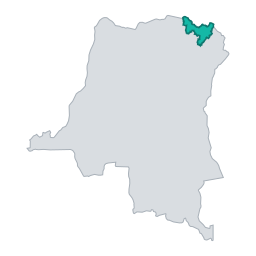 Dungu, Orientale, Democratic Republic of the Congo shown in context
{"feature_id": "63176286B6974395638231", "entity_name": "Dungu", "entity_type": "district", "adm_level": 2, "iso_a3": "COD", "parent_name": "Democratic Republic of the Congo", "parent_adm1": "Orientale", "projection": "robinson", "projection_center": [28.274, 4.004], "detail": "fine", "context": "in_parent", "style": "filled", "palette": "teal", "viewbox_px": 256, "rotation_deg": 0, "n_neighbors": 0, "source": "geoboundaries", "source_scale": "gbopen_adm2", "svg_char_len": 8039}
<svg xmlns="http://www.w3.org/2000/svg" viewBox="0 0 256 256"><path d="M223.3,177.5L203.7,181.0L204.1,182.3L203.9,183.6L203.4,184.6L201.4,187.3L198.4,189.9L198.4,190.5L199.9,193.3L200.9,197.2L200.6,203.9L201.0,205.8L200.9,207.2L199.9,208.8L198.0,217.0L199.3,220.9L203.2,224.6L205.4,227.4L209.2,228.4L209.9,228.2L210.1,225.9L213.1,225.1L213.1,239.6L212.9,240.5L212.3,240.6L211.6,240.2L211.4,238.8L210.6,238.2L206.9,240.0L205.9,239.9L204.9,239.6L204.1,238.9L203.9,237.8L201.3,233.5L200.0,233.2L198.6,229.4L192.7,226.6L190.5,226.4L189.3,225.5L188.1,222.5L186.2,220.6L185.7,218.4L185.4,218.1L184.2,218.6L183.1,222.0L181.8,222.8L179.4,222.9L173.4,221.9L169.1,220.1L168.0,220.2L166.3,218.7L165.6,216.0L166.0,214.0L165.6,213.7L159.1,215.4L157.5,216.4L156.0,216.2L155.6,215.6L156.2,214.2L155.9,212.7L155.4,212.0L153.5,211.5L152.9,209.9L151.7,209.6L151.3,209.9L151.0,211.0L150.3,211.3L146.4,210.8L142.3,212.2L136.9,211.9L134.3,213.6L133.9,213.5L133.3,212.6L132.8,209.9L133.1,209.1L133.9,208.6L134.2,207.5L133.9,204.6L134.1,203.9L133.8,202.3L133.0,199.7L131.8,197.5L129.3,194.3L128.9,192.8L129.0,189.2L129.8,183.5L129.7,179.3L128.7,176.5L128.5,173.6L129.1,168.2L128.4,166.9L116.0,166.5L115.5,166.1L115.3,165.4L115.8,162.2L108.3,163.0L106.0,163.6L104.6,164.9L104.1,166.5L104.1,168.8L103.0,171.0L102.7,174.8L100.6,175.2L98.5,175.2L94.5,174.4L90.5,175.5L88.6,176.5L87.6,176.0L84.1,176.4L83.6,176.1L79.5,168.7L77.7,166.3L77.4,165.0L77.5,163.9L77.0,162.4L75.1,158.6L74.7,156.8L74.8,154.1L74.6,153.1L72.9,150.7L71.8,150.0L70.5,149.5L50.2,149.9L43.5,149.4L38.6,149.7L36.2,149.5L35.5,149.2L33.2,149.7L32.1,150.7L30.3,151.2L29.2,151.0L27.1,148.3L30.0,147.8L30.2,147.5L30.3,140.9L29.6,140.0L31.1,138.9L33.5,136.0L35.9,135.0L36.3,134.4L36.8,134.4L37.7,135.6L39.7,137.2L42.3,135.8L42.6,135.4L42.9,132.6L43.6,132.4L44.7,133.0L45.3,133.0L46.4,132.2L49.7,130.7L50.7,132.5L49.8,134.2L50.2,135.3L50.3,137.1L50.8,137.5L53.4,137.7L54.2,137.3L59.3,130.8L60.7,130.1L62.8,127.5L65.7,126.4L67.0,124.3L68.6,120.7L69.4,115.5L69.1,106.5L69.3,105.3L72.7,101.2L76.3,93.8L78.7,91.9L80.5,91.1L83.3,88.4L85.5,85.7L85.2,82.5L85.7,79.8L87.0,76.3L87.4,72.7L87.0,68.8L87.1,65.7L88.8,60.7L89.0,55.0L90.5,50.1L93.4,44.0L94.8,39.5L94.6,35.0L95.0,31.7L94.8,29.7L94.3,28.0L94.6,27.0L95.7,26.5L97.1,24.8L99.6,20.4L102.3,18.3L104.2,17.6L106.2,17.6L107.4,18.0L109.5,19.8L111.9,21.2L113.6,22.9L115.4,25.6L119.6,26.2L121.4,27.1L122.5,27.5L122.9,27.2L123.8,27.4L125.7,28.2L127.3,27.7L135.1,29.5L136.0,28.6L138.2,24.0L139.8,22.4L142.5,22.3L144.6,23.1L145.7,23.2L155.2,19.2L156.5,19.0L159.9,19.9L162.2,19.3L163.1,19.5L165.1,18.8L166.7,16.0L168.0,15.4L181.7,18.4L183.8,16.9L184.8,16.7L187.9,17.8L188.8,19.5L190.6,21.0L192.0,23.4L194.0,24.7L195.0,26.0L196.2,26.9L198.7,27.2L201.9,25.0L204.1,25.3L206.4,26.5L207.2,26.4L208.9,25.1L209.8,23.8L210.6,23.5L212.0,24.1L213.0,25.3L214.0,27.2L217.4,31.3L220.8,33.1L221.6,35.6L222.8,35.4L223.4,35.6L224.3,37.2L224.9,37.6L225.0,38.2L224.2,39.7L223.4,42.6L224.4,44.4L223.5,47.0L223.1,49.7L224.2,50.3L225.6,50.3L226.9,51.7L227.9,51.9L228.9,53.4L228.7,54.6L225.4,58.9L220.5,64.3L218.8,64.9L217.9,65.9L217.3,67.4L215.9,68.8L214.8,69.3L214.7,73.1L213.0,77.1L212.4,77.9L211.5,84.4L211.7,85.6L210.8,90.9L210.9,95.8L208.5,97.3L206.9,99.8L206.2,101.5L206.2,105.5L203.5,107.9L203.3,108.5L204.0,111.3L204.9,111.8L205.0,112.7L207.2,115.8L207.0,125.2L207.2,126.1L208.3,128.3L209.1,132.5L208.2,137.9L211.2,147.8L209.9,151.5L210.5,154.9L212.3,158.6L216.5,162.1L217.6,163.6L218.7,165.6L219.6,168.7L223.3,177.5Z" fill="#d9dde1" stroke="#a8b0b8" stroke-width="1"/><path d="M186.3,32.8L186.7,33.0L187.0,33.6L187.3,33.6L187.5,33.6L187.9,33.5L188.0,33.4L188.2,33.5L188.3,33.6L188.4,33.8L188.5,33.8L188.5,33.5L188.4,33.4L188.5,33.4L188.7,33.2L188.9,33.0L189.0,33.0L189.3,33.0L189.3,32.8L189.5,32.7L189.7,32.4L189.8,32.5L189.9,32.4L190.0,32.3L190.0,32.2L190.1,31.9L190.2,32.0L190.5,32.0L190.5,31.9L190.6,32.0L190.7,31.9L190.8,32.0L190.9,31.9L191.0,31.8L191.2,31.6L191.5,31.7L191.5,31.4L191.5,31.5L191.6,31.4L191.7,31.5L191.8,31.4L192.0,31.3L191.9,31.3L191.8,31.2L192.0,30.8L192.1,30.6L192.1,30.4L192.4,30.4L192.5,30.4L192.5,30.5L193.0,30.6L193.8,30.5L193.8,31.1L193.8,31.3L194.3,31.6L194.6,32.0L194.6,32.6L194.8,32.8L194.7,33.0L195.1,33.4L195.3,33.4L195.7,33.4L195.8,33.6L195.7,33.8L195.8,33.9L195.6,33.8L195.7,34.0L195.4,34.1L195.2,34.2L194.8,34.1L194.7,34.2L195.3,34.4L195.8,34.4L196.2,34.5L196.3,34.7L196.6,34.8L196.6,35.1L196.9,35.6L196.9,35.8L197.2,36.0L197.4,35.8L197.7,35.9L197.8,35.7L197.9,35.3L198.0,35.2L198.5,35.2L198.8,35.4L199.5,35.5L199.9,35.8L199.8,36.3L199.8,36.5L199.7,37.0L199.3,38.3L199.2,38.5L199.5,38.5L199.4,38.8L199.6,39.0L199.8,39.2L199.7,39.4L199.3,39.4L199.1,39.5L198.9,39.6L198.4,39.3L198.1,39.2L198.1,39.4L198.2,39.5L198.1,40.2L198.0,40.6L197.7,40.8L197.6,41.0L197.6,41.3L197.3,42.1L197.3,42.5L197.7,42.6L197.7,43.2L197.7,43.6L197.7,43.8L197.8,43.7L197.9,43.9L197.8,44.0L198.0,44.4L198.3,44.5L198.4,44.4L198.5,44.5L198.9,44.6L199.1,44.8L199.2,45.2L199.5,45.2L199.6,45.3L199.7,45.2L199.9,45.1L199.8,44.8L199.7,44.6L200.0,44.5L200.1,44.9L200.2,45.0L200.1,45.4L200.2,45.5L200.2,45.4L200.3,45.4L200.4,45.1L200.6,45.0L200.6,44.8L200.8,44.9L201.0,44.6L201.2,44.8L201.3,44.8L201.3,45.0L201.4,44.9L201.7,44.9L201.7,44.6L201.6,44.3L201.7,44.2L201.7,43.9L202.0,43.8L202.1,43.5L202.1,43.0L202.1,42.8L202.2,42.6L202.3,42.5L202.6,42.6L203.2,42.6L203.5,42.3L203.5,41.8L203.6,41.7L203.9,41.7L204.2,41.3L204.2,41.1L204.3,41.1L204.4,40.9L204.4,40.6L204.5,40.3L204.7,40.2L205.0,40.0L205.3,39.8L206.1,38.6L206.1,38.4L206.1,37.8L206.3,37.5L206.5,37.3L206.7,37.5L206.8,37.7L207.0,37.8L207.4,37.8L207.5,37.7L207.6,37.8L207.8,37.9L208.1,38.4L208.4,38.5L208.5,38.5L208.7,38.2L209.0,37.3L209.1,37.2L209.3,37.3L209.5,37.1L209.6,36.7L209.7,36.3L209.7,36.1L209.8,36.1L209.8,35.9L209.7,35.8L209.6,35.7L209.4,35.6L209.3,35.4L209.8,35.2L210.6,34.8L210.8,35.0L211.2,34.9L211.5,34.3L212.0,33.9L212.1,33.6L211.8,33.6L211.7,33.3L211.6,33.2L211.4,32.8L211.6,32.2L211.6,31.8L211.5,31.7L211.2,31.6L210.7,31.4L210.7,31.2L211.1,31.0L211.3,31.0L211.5,30.9L211.8,30.7L211.8,30.4L211.9,30.2L211.9,29.6L212.0,29.4L211.9,29.2L212.0,29.1L212.1,28.9L212.0,28.6L212.1,28.3L212.3,28.1L212.7,28.0L212.9,27.7L213.3,26.9L213.4,26.5L213.4,24.9L213.7,24.3L213.2,23.9L212.6,23.8L212.1,23.4L211.7,23.1L211.1,23.1L210.9,23.0L210.5,23.0L210.3,22.9L210.0,22.9L209.8,23.1L209.7,23.4L209.8,23.8L209.2,25.0L208.7,25.6L208.3,26.2L208.1,26.4L207.7,26.3L207.5,26.6L207.1,26.9L206.9,26.8L206.7,26.7L206.4,26.3L206.3,26.0L206.1,25.9L205.8,26.0L205.7,25.9L205.8,25.7L205.7,25.7L205.4,25.5L205.2,25.2L204.8,25.3L204.1,25.4L203.9,25.3L203.6,25.2L203.0,25.2L202.9,25.1L202.9,24.9L202.9,24.6L202.7,24.3L202.2,24.5L201.9,24.6L201.7,25.1L201.6,25.4L201.4,25.9L201.2,26.0L200.6,26.1L200.5,26.4L200.4,26.6L199.7,26.7L199.6,26.8L199.4,27.2L199.3,27.5L199.1,27.5L198.6,27.7L198.3,27.5L198.1,27.3L198.0,27.1L197.8,27.0L197.5,27.1L196.9,27.2L196.7,27.2L196.3,27.0L195.9,26.4L195.7,25.9L195.1,25.9L194.6,25.5L194.5,25.3L194.5,24.7L194.4,24.6L194.1,24.5L193.6,24.4L193.2,24.6L192.9,24.6L192.3,24.3L192.1,24.3L191.9,24.1L191.8,23.5L191.7,23.4L192.0,22.9L192.0,22.1L191.8,21.8L191.1,21.8L191.0,21.2L190.9,20.7L190.5,20.6L189.9,20.8L189.6,20.6L189.3,20.2L189.2,19.9L188.8,19.8L188.5,19.4L188.5,19.2L188.3,18.9L188.3,18.5L188.3,18.3L188.2,18.2L187.2,17.8L187.0,17.6L186.1,17.3L185.3,16.7L184.8,16.6L184.3,16.7L183.9,16.9L183.6,17.1L183.3,17.3L183.5,17.6L183.5,18.0L183.0,18.1L182.9,18.1L183.0,18.6L182.9,18.7L182.9,19.0L183.0,19.1L183.1,19.4L183.4,19.9L183.5,20.5L183.8,20.9L184.0,21.0L184.1,21.3L184.0,21.5L183.7,21.7L183.4,21.6L183.5,22.1L183.7,22.3L183.9,22.8L183.4,23.5L183.4,23.9L183.3,24.1L183.4,24.4L183.3,24.5L183.2,25.0L183.5,25.0L183.8,25.0L184.0,25.0L184.4,25.3L184.6,25.3L185.0,25.4L185.1,25.5L185.6,25.8L185.9,25.6L186.3,25.6L186.5,25.5L186.4,26.1L186.4,26.7L186.2,27.4L186.2,28.4L186.0,28.7L185.9,29.5L185.7,29.7L185.6,30.2L185.7,30.5L185.9,30.5L186.0,30.7L185.9,30.8L186.0,31.0L186.0,31.3L186.0,31.5L186.3,31.9L186.3,32.1L186.5,32.3L186.5,32.6L186.4,32.6L186.3,32.8Z" fill="#14b8a6" stroke="#0f766e" stroke-width="1.5"/></svg>